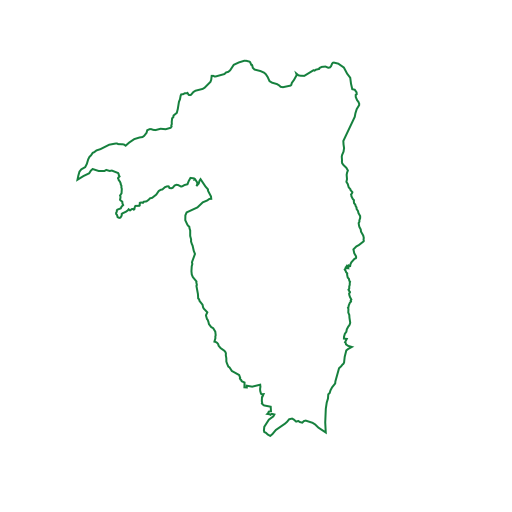 Salasu De Sus, Hunedoara, Romania, rotated 162°
{"feature_id": "2599482B95724564530816", "entity_name": "Salasu De Sus", "entity_type": "district", "adm_level": 2, "iso_a3": "ROU", "parent_name": "Romania", "parent_adm1": "Hunedoara", "projection": "orthographic", "projection_center": [22.966, 45.458], "detail": "fine", "context": "isolated", "style": "outline", "palette": "green", "viewbox_px": 512, "rotation_deg": 162, "n_neighbors": 0, "source": "geoboundaries", "source_scale": "gbopen_adm2", "svg_char_len": 6136}
<svg xmlns="http://www.w3.org/2000/svg" viewBox="0 0 512 512"><g transform="rotate(162 256 256)"><path d="M196.2,142.1L197.7,144.1L197.6,146.2L197.9,146.5L195.3,149.1L197.9,150.3L197.2,152.1L195.5,154.6L193.5,156.0L192.3,158.2L189.9,160.5L188.8,161.1L187.6,162.5L187.0,163.5L186.2,168.4L185.5,171.1L185.7,173.7L184.5,177.0L184.5,178.3L184.1,178.4L183.0,180.4L181.1,182.6L179.7,183.3L179.7,184.4L178.8,185.1L179.3,188.0L179.3,190.0L179.1,191.4L177.8,192.5L177.8,193.0L178.2,193.5L178.1,194.4L178.5,195.3L177.4,196.2L176.7,198.3L175.8,199.5L175.1,201.6L174.5,202.4L174.9,203.5L174.7,205.7L175.4,207.0L175.4,207.5L175.1,210.2L174.6,211.3L175.3,212.7L175.3,213.8L175.8,215.7L174.9,216.3L174.4,217.1L173.8,216.8L173.6,216.3L173.1,216.2L173.4,217.9L172.5,218.6L171.7,216.6L171.2,217.9L170.8,218.3L170.2,217.4L169.6,217.3L168.7,219.0L167.3,220.5L163.2,222.9L161.7,223.0L161.1,223.9L161.0,225.0L161.7,228.2L161.3,232.2L157.6,234.1L154.8,234.6L149.3,236.6L148.8,237.0L148.6,238.5L147.9,239.9L147.7,242.3L148.6,246.7L148.2,248.9L148.7,251.7L148.6,253.1L148.2,255.6L147.0,256.7L146.7,257.9L145.2,259.9L144.6,261.8L145.3,265.2L145.1,267.2L145.8,269.7L145.4,271.2L145.8,272.5L145.7,274.3L146.4,275.8L146.1,277.7L145.6,278.8L146.3,280.2L146.8,283.4L146.5,284.5L146.6,285.1L145.2,286.1L144.6,286.9L145.7,289.4L145.6,290.3L146.6,292.7L146.5,296.1L147.1,298.6L145.7,301.0L144.7,305.2L143.6,307.2L142.2,308.9L142.8,311.9L144.7,315.5L145.4,317.6L145.1,319.3L144.7,320.2L143.7,324.1L142.8,325.6L140.5,328.2L138.9,331.4L138.3,335.0L137.4,338.4L119.1,357.8L117.3,361.1L114.8,364.6L111.3,367.6L110.8,368.9L111.0,371.1L111.7,372.9L112.0,376.4L111.4,378.4L110.2,378.8L109.8,380.6L110.7,383.6L112.9,384.9L112.4,390.5L111.3,396.4L113.0,401.3L114.2,408.1L118.3,413.5L122.2,415.9L123.2,416.0L124.2,415.4L126.0,413.3L127.4,412.5L129.1,412.7L131.4,414.7L134.9,415.5L137.5,415.2L138.1,414.4L141.6,414.7L143.0,414.2L143.9,414.9L154.4,412.4L158.0,413.7L159.8,414.7L161.3,417.1L161.3,415.6L165.5,411.7L168.4,409.6L169.6,407.8L170.5,407.4L178.2,408.2L180.3,409.3L181.2,411.0L182.9,413.0L187.2,415.9L189.1,418.1L189.6,422.6L190.5,425.9L191.7,427.9L194.6,430.5L199.8,433.8L200.9,436.0L200.7,438.2L200.8,439.0L201.4,439.2L201.7,442.2L202.2,442.9L205.0,444.7L206.8,445.3L212.3,445.4L218.1,444.7L223.2,440.6L225.4,439.7L227.8,439.8L229.8,438.8L238.9,439.2L239.9,439.5L240.9,440.5L242.5,441.0L244.1,437.5L245.5,435.7L252.9,431.9L255.1,431.4L262.5,431.9L264.9,431.3L268.0,429.4L269.0,429.4L270.2,430.0L270.8,432.3L271.6,432.2L273.5,432.8L275.2,432.4L277.2,432.8L278.1,431.8L279.9,428.5L281.6,426.5L285.0,419.9L287.1,416.6L291.0,415.1L291.8,413.5L293.2,412.9L294.7,409.6L295.3,407.5L296.2,406.4L296.3,405.2L297.6,404.3L302.8,404.5L307.4,406.5L312.6,406.8L314.7,407.7L316.6,409.1L318.0,409.5L320.6,409.2L322.0,407.0L325.3,404.8L327.2,404.2L330.1,404.7L335.6,404.8L341.5,403.1L345.9,401.2L347.0,402.7L348.2,403.4L352.5,405.0L353.5,406.0L355.1,406.4L361.2,407.2L370.9,405.7L375.1,405.7L377.9,404.7L379.4,404.6L381.8,402.7L383.7,401.8L385.7,399.8L388.4,395.9L391.0,393.3L395.4,392.4L397.8,390.8L400.1,387.4L402.2,383.7L395.2,385.4L389.1,386.2L386.7,388.2L384.5,389.2L379.4,385.5L373.9,383.7L371.8,384.1L368.9,382.1L366.7,381.8L361.5,377.5L361.3,376.2L361.5,375.5L361.2,373.8L362.8,373.1L363.2,372.5L363.0,371.6L363.1,370.5L362.4,368.8L362.4,367.6L362.2,367.0L362.5,366.2L362.3,364.2L362.8,363.1L362.9,361.3L364.5,357.2L366.6,355.5L366.5,354.6L366.9,353.3L367.9,351.6L367.8,351.0L366.4,349.0L366.8,347.1L366.6,345.5L368.6,344.5L369.9,343.1L373.5,342.9L374.2,342.5L374.7,341.2L375.8,340.1L376.0,339.1L375.5,337.9L375.6,335.7L374.3,334.5L373.1,334.4L371.8,335.4L370.9,336.6L370.8,337.4L370.0,337.8L366.0,338.3L363.8,339.0L362.7,339.8L361.7,338.3L359.5,339.0L358.4,338.7L358.0,337.9L357.6,337.9L357.1,338.2L356.4,339.7L355.2,340.9L351.5,339.8L351.0,340.0L350.7,341.1L350.3,341.5L350.2,342.3L349.8,342.5L348.5,342.3L347.1,341.5L346.2,342.3L343.2,341.8L340.6,342.7L339.0,343.6L336.8,343.4L331.9,345.2L328.4,347.9L326.1,348.4L324.5,348.2L321.3,349.6L319.1,349.7L317.7,349.3L317.5,349.1L317.3,347.4L315.6,346.6L314.2,346.6L311.6,348.2L309.6,348.3L308.1,347.5L305.8,345.2L304.4,345.1L302.1,345.6L299.0,345.4L296.9,348.0L294.2,350.5L291.0,349.0L290.4,348.2L290.9,347.6L290.1,347.4L289.1,343.7L290.2,341.7L291.1,340.9L288.1,342.6L286.5,345.0L285.0,346.2L282.6,337.7L281.1,334.2L281.4,333.5L281.4,332.4L280.4,326.5L280.9,324.2L282.7,324.7L285.2,323.9L290.0,323.5L296.7,320.3L308.5,318.9L310.6,316.5L312.2,311.9L311.6,307.0L311.2,305.7L310.4,304.5L310.7,302.6L310.7,300.6L312.4,295.4L312.6,291.8L313.3,289.9L313.3,287.1L313.1,285.5L313.6,280.1L313.4,276.8L318.5,270.3L318.9,269.6L319.0,268.1L320.3,266.1L322.1,261.5L322.8,258.3L322.6,255.5L320.5,250.2L320.9,249.4L321.2,246.7L321.9,246.0L323.0,237.7L324.1,233.5L323.5,232.4L323.6,230.7L321.9,226.2L322.2,223.3L321.8,221.8L319.7,217.5L321.9,215.1L322.0,214.3L322.1,211.2L321.7,210.4L321.6,208.1L321.8,205.8L320.6,202.3L319.0,200.5L318.1,196.6L318.8,193.2L319.6,191.9L320.0,190.4L322.0,187.4L320.9,186.7L319.8,185.4L319.2,183.8L319.3,182.2L318.1,179.3L315.4,175.7L314.8,174.2L314.7,172.8L315.4,170.9L315.8,168.0L316.8,164.8L316.8,162.9L316.5,159.4L315.6,158.2L314.5,154.1L308.8,148.0L308.7,145.0L309.1,144.7L309.0,143.4L308.4,142.6L308.3,141.3L306.0,139.2L307.6,134.7L305.4,133.8L304.9,135.5L300.0,132.9L291.8,132.3L292.2,130.3L293.2,128.3L293.7,126.3L293.8,123.6L293.5,122.8L291.5,122.3L293.4,120.1L293.9,120.0L295.3,116.2L295.5,114.5L296.0,113.9L295.0,112.0L294.5,111.4L288.6,108.1L289.7,103.8L292.0,104.0L293.0,102.8L294.0,102.3L292.0,101.3L291.3,100.5L289.9,101.1L287.5,99.6L289.1,98.1L294.3,96.4L300.9,91.0L302.4,87.6L302.5,86.0L301.2,84.8L300.0,82.6L298.1,80.5L295.5,81.5L290.9,84.4L280.2,87.6L277.7,88.7L274.9,90.5L271.9,90.2L270.6,88.8L269.0,86.1L266.7,86.0L265.7,84.6L263.5,83.2L261.5,84.2L259.6,84.1L253.8,79.9L251.8,77.5L249.7,73.5L244.2,66.6L241.6,76.3L236.8,89.2L234.0,94.8L231.6,98.2L230.0,102.1L228.2,103.0L226.7,105.2L224.2,107.6L220.1,110.3L219.2,112.3L211.7,123.6L209.1,124.8L207.2,126.1L206.4,126.3L205.2,127.4L202.8,132.7L199.3,138.3L197.1,139.1L193.0,139.9L196.2,142.1Z" fill="none" stroke="#15803d" stroke-width="2"/></g></svg>